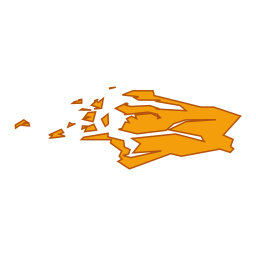 the district of Rødøy nor, Nordland, Norway
{"feature_id": "86288312B63422016976384", "entity_name": "Rødøy nor", "entity_type": "district", "adm_level": 2, "iso_a3": "NOR", "parent_name": "Norway", "parent_adm1": "Nordland", "projection": "robinson", "projection_center": [13.227, 66.575], "detail": "medium", "context": "isolated", "style": "filled", "palette": "amber", "viewbox_px": 256, "rotation_deg": 0, "n_neighbors": 0, "source": "geoboundaries", "source_scale": "gbopen_adm2", "svg_char_len": 1866}
<svg xmlns="http://www.w3.org/2000/svg" viewBox="0 0 256 256"><path d="M153.1,90.8L133.0,90.8L122.3,94.9L138.8,96.8L134.3,97.7L138.7,100.0L160.5,100.2L157.0,101.5L180.1,105.5L186.1,110.7L155.8,109.0L157.7,108.2L149.8,105.6L130.9,106.5L126.4,105.5L127.3,104.5L125.8,104.7L127.0,103.3L126.2,103.1L115.4,108.4L125.7,113.6L124.1,114.7L148.1,112.1L157.0,114.2L160.5,117.7L157.0,118.8L158.8,117.1L151.2,113.4L135.2,114.9L136.5,118.6L131.5,116.2L126.5,118.8L129.2,122.6L125.3,122.0L122.0,128.4L118.4,129.3L137.0,133.8L166.1,130.3L173.5,123.8L185.4,119.9L215.8,119.7L185.6,121.7L169.0,129.8L201.0,136.1L204.2,141.5L175.6,134.0L132.0,138.5L140.4,143.7L133.0,152.8L161.3,150.9L131.1,157.6L122.8,155.5L128.5,154.1L130.1,149.7L124.4,146.9L123.7,140.7L107.9,136.9L108.1,133.3L83.5,137.3L81.3,139.6L111.3,139.7L110.5,143.0L121.7,151.1L119.2,156.2L122.0,159.2L118.0,161.4L129.4,168.8L170.7,153.7L181.5,156.2L219.8,149.1L230.3,152.4L233.7,148.8L230.7,146.4L233.0,139.4L223.3,135.1L240.6,116.1L213.7,107.1L201.0,107.1L154.2,95.6L153.1,90.8ZM103.3,98.4L98.4,102.3L96.0,100.8L98.3,99.3L94.0,101.0L96.0,101.1L91.4,105.2L98.0,107.5L94.2,109.0L101.5,108.3L103.3,98.4ZM95.6,111.9L88.1,112.6L84.0,117.8L88.0,116.9L89.4,117.2L83.3,119.4L93.0,121.7L95.6,111.9ZM65.2,136.3L59.2,134.0L63.6,132.6L61.2,129.4L48.8,135.0L52.4,135.2L50.1,138.1L65.2,136.3ZM93.8,124.3L86.8,127.0L84.6,131.7L96.7,130.1L93.8,124.3ZM29.5,125.9L28.8,123.0L22.4,123.8L27.2,122.1L23.8,119.9L15.4,125.0L15.6,128.1L20.2,125.1L29.5,125.9ZM108.0,114.0L101.5,119.2L105.2,126.4L108.3,124.0L108.0,114.0ZM69.5,122.6L67.8,127.1L75.5,123.6L72.2,124.1L69.5,122.6ZM81.7,99.3L78.4,99.9L80.8,100.2L74.3,101.8L72.3,103.4L81.7,103.1L81.7,99.3ZM91.3,110.1L82.3,108.8L80.4,110.0L91.3,110.1ZM87.9,126.2L82.5,126.0L82.0,129.2L87.9,126.2ZM115.8,87.2L109.7,88.0L109.7,88.7L115.8,87.2Z" fill="#f59e0b" stroke="#b45309" stroke-width="1.5"/></svg>